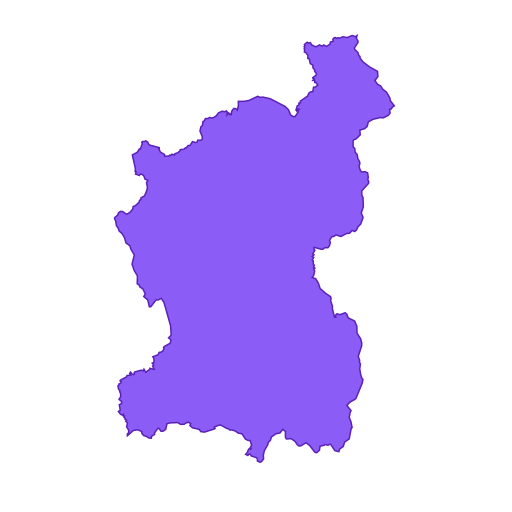 outline of Abrego, Norte de Santander, Colombia, rotated 352°
{"feature_id": "7082276B94860374492565", "entity_name": "Abrego", "entity_type": "district", "adm_level": 2, "iso_a3": "COL", "parent_name": "Colombia", "parent_adm1": "Norte de Santander", "projection": "mercator", "projection_center": [-73.149, 8.029], "detail": "fine", "context": "isolated", "style": "filled", "palette": "violet", "viewbox_px": 512, "rotation_deg": 352, "n_neighbors": 0, "source": "geoboundaries", "source_scale": "gbopen_adm2", "svg_char_len": 6100}
<svg xmlns="http://www.w3.org/2000/svg" viewBox="0 0 512 512"><g transform="rotate(352 256 256)"><path d="M103.6,416.1L110.3,411.7L114.5,411.6L118.3,413.8L118.3,415.9L119.8,418.2L122.4,419.4L124.4,421.2L126.9,421.9L127.6,419.9L130.6,418.7L131.1,416.9L134.8,413.0L135.8,413.2L137.6,416.4L139.8,416.5L142.5,415.1L144.5,409.7L147.6,409.3L155.4,410.1L157.8,412.2L161.6,412.6L163.1,411.7L166.0,411.2L168.1,413.1L166.9,414.7L169.2,417.3L175.6,419.8L177.0,422.3L180.5,423.2L190.1,421.6L191.4,421.2L190.9,419.6L194.9,418.5L197.6,418.5L202.9,422.6L204.7,423.3L206.0,424.8L207.6,424.7L211.2,426.5L213.7,428.9L217.4,430.1L220.0,435.8L222.4,437.5L224.6,438.0L225.3,442.9L223.7,444.9L224.4,446.2L223.9,446.6L222.7,445.8L221.7,446.4L220.1,449.3L218.1,451.0L220.2,452.4L221.3,451.3L222.9,451.6L223.4,453.3L228.6,455.9L229.2,457.9L228.8,459.2L231.3,460.8L233.0,460.3L235.3,458.0L235.5,454.4L237.2,449.9L241.4,444.5L242.2,442.3L244.6,440.6L246.0,437.4L251.1,434.8L255.1,434.6L258.5,431.3L260.7,433.9L259.9,439.6L260.6,441.4L265.3,441.8L269.0,445.1L270.5,448.5L272.2,450.2L274.1,450.2L279.6,447.9L282.9,451.3L286.7,458.1L288.0,459.1L288.8,459.2L291.8,457.2L292.9,453.3L297.2,452.9L297.9,452.2L300.9,453.4L303.0,452.6L303.7,452.9L307.0,459.7L310.8,461.3L312.0,458.8L315.9,456.8L317.8,452.7L322.8,450.1L326.4,439.7L327.3,439.4L327.0,433.7L325.9,428.8L327.4,424.1L328.6,422.4L325.2,416.6L328.4,414.0L335.0,411.2L343.6,396.5L344.7,393.0L343.8,391.6L343.2,388.0L343.0,382.3L344.4,377.3L343.7,376.0L344.1,373.7L343.3,369.6L348.2,359.5L348.6,356.6L348.1,352.5L345.3,346.5L346.1,339.7L344.6,334.1L338.7,330.1L337.8,326.2L336.4,324.6L331.0,325.8L328.2,324.5L326.7,325.5L326.4,327.6L325.2,327.5L324.3,318.6L324.7,316.5L323.7,310.3L324.4,308.8L324.2,306.6L319.8,302.7L315.0,297.1L314.0,291.7L311.9,286.7L308.6,285.1L310.6,283.0L312.0,278.9L311.3,276.7L312.6,276.2L311.5,274.7L312.5,273.3L311.7,272.1L312.0,268.7L311.1,267.7L313.0,265.4L311.6,264.2L313.6,262.9L312.5,261.7L315.1,258.6L314.4,257.4L314.8,255.5L321.3,258.3L323.2,258.6L325.1,257.4L328.4,257.8L330.0,256.3L331.5,253.2L331.0,250.7L333.7,247.5L336.0,247.4L338.1,246.2L342.8,248.5L348.9,246.3L351.8,246.5L354.8,244.1L357.2,245.5L359.2,244.2L361.0,241.3L364.1,239.0L367.4,232.8L366.2,228.1L369.1,222.3L370.1,212.9L369.3,210.5L369.8,206.2L377.5,199.8L378.0,197.9L377.3,195.8L378.1,193.9L378.1,189.2L375.7,187.6L372.4,187.6L371.2,185.6L370.5,181.6L371.7,179.0L371.7,177.1L370.4,173.7L370.3,169.5L368.6,167.0L368.8,163.2L367.4,161.5L368.1,155.9L368.8,154.6L371.4,154.0L376.1,150.5L376.3,145.8L381.4,145.0L384.1,143.2L385.9,138.8L391.0,136.9L398.2,136.2L401.2,136.9L406.5,135.2L408.7,133.1L408.7,129.5L410.5,129.2L411.8,127.5L413.9,126.6L410.6,120.8L410.6,118.3L408.0,111.8L404.8,108.6L403.0,104.8L400.3,102.9L398.2,98.8L401.7,95.2L402.0,90.0L394.9,84.7L388.9,78.6L386.7,74.7L386.7,72.9L385.7,71.6L385.3,68.8L382.5,65.1L382.4,63.6L386.7,58.8L386.9,57.5L385.7,54.2L386.7,51.8L385.0,52.6L381.9,51.0L376.7,52.4L372.6,51.0L369.1,51.9L367.4,51.2L365.9,51.7L365.0,50.7L364.0,50.7L362.3,51.9L362.2,54.2L359.5,54.4L358.7,56.6L354.8,58.3L352.5,56.4L350.7,57.5L348.3,55.8L344.4,57.2L340.6,54.8L339.5,52.2L337.3,52.5L336.5,51.4L333.4,53.3L333.7,54.8L332.8,55.3L333.2,56.7L332.5,57.5L332.9,58.3L332.3,60.7L333.5,61.4L335.3,64.6L334.8,67.5L336.2,68.4L336.5,73.0L338.8,74.9L338.6,77.7L340.1,79.9L339.7,81.2L341.3,83.8L340.5,85.4L337.1,87.2L337.1,88.0L338.3,88.7L336.8,90.0L338.5,90.3L338.3,92.3L339.7,92.8L340.9,95.5L338.0,97.0L336.5,96.8L335.1,101.1L332.9,101.1L331.2,101.9L329.2,104.9L321.4,108.8L321.3,110.5L319.8,110.5L319.5,112.3L317.7,113.1L315.9,117.0L316.5,118.1L317.7,116.3L318.9,116.7L318.2,117.0L318.0,119.0L314.2,123.3L312.1,123.0L309.9,121.1L308.6,115.8L305.7,112.0L292.1,102.3L285.0,99.6L282.3,99.5L279.9,98.1L270.7,101.0L266.1,101.2L260.0,100.4L259.4,104.9L257.8,108.9L256.5,107.2L254.5,106.8L252.1,109.2L251.3,112.2L250.8,111.6L249.9,112.4L248.8,110.4L246.9,112.2L247.5,109.2L246.9,108.2L245.0,108.8L242.8,107.9L238.8,109.0L236.1,111.7L233.2,113.0L231.1,113.2L229.4,112.3L227.6,113.1L225.0,112.9L223.5,115.1L222.2,115.4L221.2,119.1L219.4,120.4L217.9,124.4L219.3,130.0L219.2,132.7L217.7,133.7L214.5,133.2L213.5,135.0L212.1,135.3L209.0,133.9L206.1,137.3L203.9,137.2L202.1,139.2L201.2,139.0L199.7,140.2L195.8,140.2L195.1,141.5L192.7,142.9L189.9,143.4L189.3,144.6L186.8,143.5L185.5,144.6L184.6,144.1L183.5,144.9L179.4,144.5L179.5,142.7L175.8,139.8L174.4,135.5L175.2,135.8L175.3,135.2L166.3,131.4L165.3,130.5L164.7,128.2L162.9,126.6L161.8,127.1L159.4,126.8L158.7,127.5L159.0,128.9L156.4,134.0L155.4,133.7L152.8,136.8L147.6,138.7L148.7,152.6L148.1,155.5L149.0,155.9L148.1,158.1L151.7,160.0L152.7,158.8L154.3,159.1L156.1,161.1L156.8,164.4L159.4,166.1L157.8,168.1L158.0,173.3L156.7,176.4L154.0,180.9L150.2,182.4L149.9,183.9L148.3,184.8L147.8,186.5L143.3,189.5L141.3,189.8L140.3,192.6L137.4,195.1L133.8,196.7L129.8,193.2L127.8,193.0L125.9,194.0L124.6,196.3L121.7,198.1L121.1,199.1L121.9,202.0L122.0,206.6L123.4,209.2L123.8,212.0L126.8,215.6L128.3,219.7L129.1,225.0L132.6,228.5L133.0,231.7L135.6,238.1L132.1,246.9L133.4,253.4L135.8,259.2L134.5,267.0L136.3,268.6L136.8,270.6L139.4,272.9L141.1,278.2L139.2,280.5L142.7,284.5L143.3,291.5L144.9,291.5L150.9,285.6L153.1,285.9L156.3,284.8L158.4,289.2L161.7,313.2L161.0,322.6L158.0,324.9L160.1,327.1L158.9,330.4L152.7,332.8L151.7,333.8L151.8,335.2L150.8,336.8L148.8,338.0L146.7,337.9L145.2,340.2L139.8,341.4L140.6,343.4L140.2,347.1L138.3,347.7L139.6,349.6L138.3,350.6L139.4,354.1L135.3,352.5L135.2,353.3L130.6,355.8L129.3,352.5L128.4,354.0L126.6,353.1L119.9,353.9L119.1,354.6L119.0,356.1L118.2,356.4L117.0,355.8L115.6,353.5L114.5,354.8L115.3,356.6L111.7,356.4L110.5,357.9L105.2,359.7L104.0,360.7L105.1,361.9L104.7,362.8L102.3,363.8L102.1,364.9L101.2,365.4L101.3,368.7L102.6,370.5L102.1,371.1L102.8,373.6L102.4,376.4L100.4,379.0L102.6,381.4L102.3,383.4L99.9,384.2L100.1,389.9L98.1,390.8L99.8,393.9L101.6,395.0L102.6,394.4L102.3,395.9L103.4,396.2L102.9,397.6L103.8,398.3L103.6,399.5L105.0,400.5L104.0,401.6L105.5,403.4L104.1,407.0L105.8,411.3L104.8,413.9L103.8,414.3L103.6,416.1Z" fill="#8b5cf6" stroke="#5b21b6" stroke-width="1.5"/></g></svg>